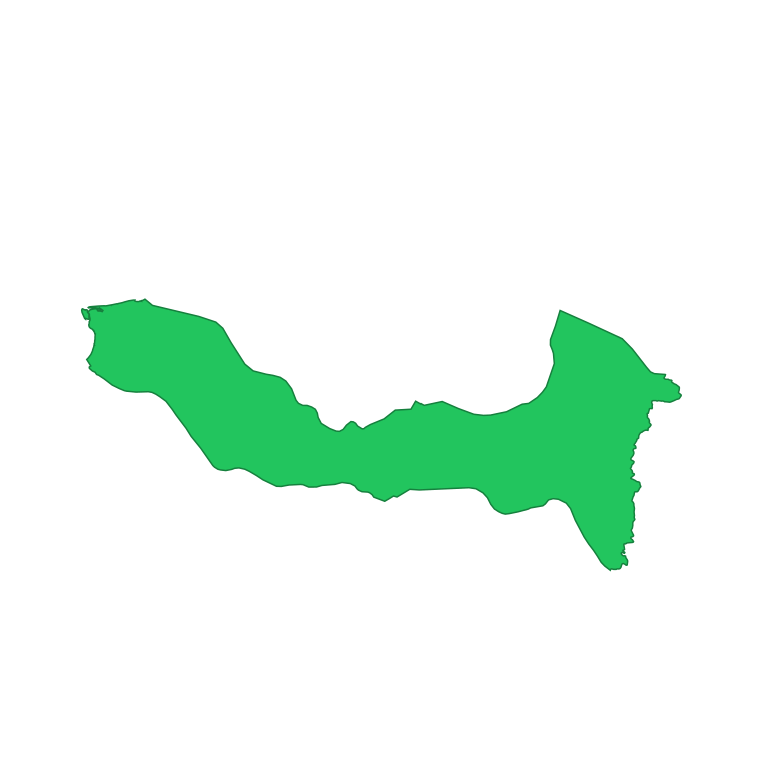 Katingan, Kalimantan Tengah, Indonesia (Robinson projection), rotated 119°
{"feature_id": "22746128B40819362853427", "entity_name": "Katingan", "entity_type": "district", "adm_level": 2, "iso_a3": "IDN", "parent_name": "Indonesia", "parent_adm1": "Kalimantan Tengah", "projection": "robinson", "projection_center": [113.294, -1.875], "detail": "fine", "context": "isolated", "style": "filled", "palette": "green", "viewbox_px": 768, "rotation_deg": 119, "n_neighbors": 0, "source": "geoboundaries", "source_scale": "gbopen_adm2", "svg_char_len": 6060}
<svg xmlns="http://www.w3.org/2000/svg" viewBox="0 0 768 768"><g transform="rotate(119 384 384)"><path d="M437.2,95.8L436.8,95.9L435.6,95.7L435.3,95.2L434.8,93.3L433.6,91.1L432.6,90.4L431.8,88.8L430.9,88.1L429.5,87.9L427.1,88.4L426.0,88.5L425.4,88.2L425.0,87.6L424.9,86.8L424.9,85.6L425.1,84.8L425.0,84.2L424.7,83.7L424.3,83.6L421.2,84.8L420.4,85.3L419.8,86.1L418.7,88.2L417.4,89.3L417.6,90.3L418.1,90.8L418.3,92.2L417.8,93.6L417.3,94.3L416.7,94.5L415.9,94.1L415.6,91.9L415.5,91.6L415.1,91.6L414.7,91.6L414.5,92.0L414.1,94.2L413.6,94.4L412.6,93.5L412.0,93.4L408.6,96.1L408.1,96.4L407.4,96.4L406.7,95.2L405.1,94.3L402.0,89.7L401.4,89.3L400.9,89.3L399.8,91.2L399.7,92.1L399.3,93.4L398.1,93.7L396.9,92.4L395.9,92.1L395.3,92.4L392.3,96.7L391.4,97.0L389.7,96.9L387.1,97.8L384.6,99.2L383.3,99.3L381.1,98.9L380.6,99.1L379.8,100.2L378.5,100.9L377.9,101.0L374.6,103.3L371.6,104.5L370.4,105.4L369.6,106.2L367.5,107.5L366.6,108.8L366.3,110.0L365.9,110.6L362.0,111.4L360.2,111.4L357.5,112.3L356.9,112.3L356.3,111.8L355.6,110.4L354.3,109.8L350.7,109.9L349.4,109.6L349.1,109.7L347.9,111.2L346.5,112.3L346.2,112.8L346.1,113.5L346.8,115.6L346.6,117.3L346.7,120.6L347.0,121.6L346.9,122.3L346.0,122.5L342.6,121.1L341.7,121.2L341.2,121.8L341.4,123.3L341.3,123.8L340.2,124.2L339.4,125.1L338.6,127.2L338.2,127.6L336.6,127.4L335.1,127.9L334.6,127.9L332.4,127.3L331.4,127.4L330.7,127.7L330.5,128.7L330.6,130.9L330.2,131.6L329.3,132.0L325.6,131.5L323.8,131.7L322.4,132.5L321.3,134.0L320.4,134.2L319.4,134.0L318.3,132.7L317.9,132.6L317.1,133.1L316.3,134.0L316.1,135.7L315.3,135.9L313.8,135.6L312.3,135.6L311.0,135.5L309.8,136.0L307.9,135.1L305.4,136.2L303.0,136.2L301.6,135.6L301.1,135.0L300.0,134.6L298.5,133.7L297.3,132.5L296.6,130.7L296.1,130.7L295.4,131.3L294.1,131.4L292.8,130.8L290.7,130.5L290.0,130.9L289.4,132.8L288.6,133.7L287.8,133.7L286.5,135.1L286.1,135.8L285.7,137.2L285.0,137.8L284.1,138.1L282.6,139.4L282.1,139.4L281.4,138.7L276.9,139.8L276.4,139.3L275.6,137.6L274.8,137.7L273.5,138.7L271.6,139.4L271.2,140.2L270.5,140.9L269.0,141.3L268.2,140.8L266.6,138.0L266.6,137.2L266.2,136.5L265.4,135.8L264.4,132.9L263.9,132.3L263.5,131.3L263.5,130.0L262.6,128.2L261.4,125.3L260.7,124.5L258.1,122.4L255.7,120.7L254.1,119.0L253.5,118.7L250.3,118.4L249.6,118.7L249.3,119.6L249.0,121.7L248.5,122.4L246.2,122.9L244.1,123.8L243.5,124.5L242.9,128.3L243.2,130.4L243.0,131.3L243.0,132.9L242.6,133.5L241.4,133.9L241.3,134.4L242.1,136.3L242.1,137.8L243.3,139.9L243.4,140.5L243.1,142.0L242.0,142.1L240.5,142.0L238.7,142.6L239.3,142.6L243.9,152.6L244.2,156.8L242.0,162.7L233.0,183.8L228.9,197.6L231.6,234.7L234.3,265.6L250.3,262.1L264.4,259.9L269.3,257.3L272.5,253.3L275.1,250.6L283.6,244.9L307.8,240.6L314.3,241.4L321.5,243.3L330.8,248.0L334.7,253.4L348.9,263.4L359.6,275.8L363.2,281.7L366.9,290.7L369.4,306.9L371.1,324.6L383.2,338.5L383.2,342.1L383.7,342.2L383.7,348.0L393.0,348.2L401.4,361.5L414.5,367.0L426.0,376.2L431.0,379.3L432.8,379.9L433.8,381.3L433.6,386.7L432.1,389.8L432.0,392.5L432.9,394.7L438.2,396.9L443.5,397.7L447.0,400.0L448.4,403.0L449.3,409.9L448.9,419.8L445.2,425.4L441.8,428.2L439.4,431.8L439.2,436.1L440.0,440.8L442.1,444.7L442.4,449.4L440.9,453.0L433.0,462.5L429.0,471.3L428.5,478.0L430.3,485.3L432.6,491.8L436.0,504.8L434.1,515.4L422.0,537.8L413.4,552.0L411.4,561.1L414.7,578.7L427.5,624.6L425.7,634.2L427.7,635.4L427.9,635.7L428.7,636.3L428.9,636.2L428.8,636.6L429.2,636.7L429.2,637.0L429.8,637.2L430.0,637.6L430.0,637.9L430.8,638.4L432.0,640.7L432.2,642.1L431.9,642.6L431.4,642.6L432.1,643.9L435.0,647.6L437.9,650.6L439.9,652.5L442.6,655.6L443.0,655.7L443.4,656.6L447.1,660.9L447.3,660.9L447.2,661.1L450.5,665.1L451.4,666.9L454.1,671.3L458.7,678.2L459.6,679.3L460.5,679.8L460.7,679.3L459.7,677.7L459.5,677.2L457.3,673.7L456.7,671.5L455.7,669.5L455.4,669.5L455.7,668.9L455.6,668.3L455.9,665.5L457.3,665.5L457.8,667.5L458.7,669.3L458.8,669.9L457.6,671.7L458.2,673.2L461.5,677.0L462.1,677.2L462.4,677.1L464.1,677.9L464.4,677.9L464.8,677.7L465.7,675.6L467.4,674.6L469.5,672.7L470.8,672.1L472.6,672.0L473.6,671.3L475.3,670.9L476.2,670.3L477.0,669.4L477.4,668.3L477.6,667.3L477.4,666.8L477.6,665.7L477.5,665.4L478.0,664.6L477.9,664.2L478.2,664.1L478.3,663.4L478.5,663.5L479.0,662.5L480.0,661.5L480.0,661.0L480.1,660.8L480.5,660.9L480.6,660.6L483.1,659.5L484.3,658.8L485.0,658.5L485.4,658.3L486.5,658.0L486.7,657.8L489.4,656.7L489.5,656.9L489.9,656.6L490.3,656.6L490.7,656.4L490.7,656.1L491.1,656.3L492.1,655.9L495.2,655.4L496.4,655.0L500.3,654.7L504.6,655.3L506.7,655.9L510.4,649.2L511.9,650.0L512.9,649.6L513.0,649.2L513.3,648.7L514.0,645.4L513.8,642.4L515.0,640.0L514.7,637.7L515.2,631.2L516.7,621.2L516.3,613.2L515.7,607.9L515.1,605.8L511.3,597.0L505.0,586.4L503.8,582.9L503.5,578.6L503.8,573.9L504.8,566.3L508.9,556.8L511.9,550.9L518.7,535.6L523.3,527.3L529.0,513.2L538.3,494.2L538.9,492.0L539.1,488.0L538.4,485.3L536.4,480.4L532.6,475.9L530.1,473.7L527.7,470.2L526.0,464.4L525.7,459.4L525.9,451.3L526.5,443.5L525.6,428.5L523.4,424.2L518.4,418.1L512.3,408.3L511.3,406.0L510.6,399.8L506.8,393.1L502.8,389.1L495.6,378.3L490.5,373.0L487.4,365.2L487.3,360.0L488.8,356.7L489.2,355.0L488.9,351.1L486.4,345.8L486.1,343.9L486.5,340.8L487.9,338.1L486.2,326.5L481.7,323.8L477.4,321.4L476.5,317.8L463.6,310.4L459.5,301.7L433.5,259.4L431.0,252.7L431.2,244.7L433.3,238.4L437.5,232.2L439.8,226.8L440.1,221.8L439.8,217.9L439.0,214.9L436.7,211.7L430.9,204.9L423.4,197.1L421.3,195.7L413.5,186.0L410.6,184.7L405.6,183.9L402.3,180.5L400.2,175.5L399.8,166.8L402.5,160.4L410.5,150.5L420.8,134.7L424.7,127.3L427.9,120.0L431.0,114.0L434.7,107.5L436.2,102.6L437.2,95.8ZM471.4,676.4L470.7,674.0L470.2,673.3L468.3,674.7L465.8,676.0L465.0,678.1L464.1,678.8L463.3,679.1L463.2,679.9L463.5,680.6L464.0,681.3L464.0,680.5L464.3,681.2L464.2,682.1L464.4,682.6L464.3,683.7L464.5,684.3L465.1,684.4L466.0,684.2L467.8,682.8L471.8,677.6L472.0,676.6L471.7,676.8L471.3,676.6L470.9,677.4L471.4,676.4ZM458.6,669.5L457.2,667.5L456.8,667.3L456.6,667.9L456.4,669.1L456.5,669.7L457.5,671.1L458.3,670.3L458.2,669.6L458.4,669.9L458.6,669.8L458.6,669.5Z" fill="#22c55e" stroke="#15803d" stroke-width="1.5"/></g></svg>